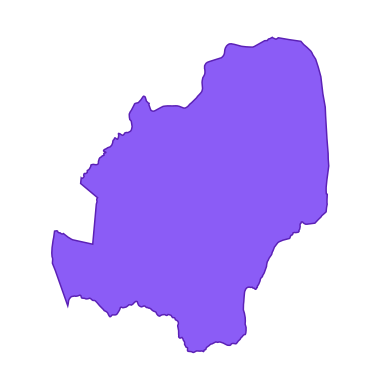 the district of Honey, Puebla, Mexico, rotated 184°
{"feature_id": "50627088B33032017587256", "entity_name": "Honey", "entity_type": "district", "adm_level": 2, "iso_a3": "MEX", "parent_name": "Mexico", "parent_adm1": "Puebla", "projection": "equal_earth", "projection_center": [-98.229, 20.26], "detail": "fine", "context": "isolated", "style": "filled", "palette": "violet", "viewbox_px": 384, "rotation_deg": 184, "n_neighbors": 0, "source": "geoboundaries", "source_scale": "gbopen_adm2", "svg_char_len": 5926}
<svg xmlns="http://www.w3.org/2000/svg" viewBox="0 0 384 384"><g transform="rotate(184 192 192)"><path d="M122.7,351.9L125.0,350.4L126.3,350.0L126.9,349.3L127.3,348.4L130.1,348.0L140.0,341.5L141.5,340.8L143.1,340.7L147.8,340.6L150.3,340.7L152.7,340.8L159.9,342.2L163.3,342.6L165.2,342.3L166.6,341.3L167.7,340.1L168.7,338.1L169.1,336.5L169.2,335.6L169.3,332.8L169.7,331.1L170.7,329.4L172.0,328.0L183.9,323.3L185.8,322.4L187.1,321.2L188.2,318.9L188.2,318.1L188.1,316.1L187.8,315.3L187.5,313.4L187.4,311.4L187.8,309.6L188.7,307.7L189.2,306.7L189.6,303.6L189.6,301.8L188.7,296.0L188.9,294.3L189.3,292.8L190.4,291.1L193.2,287.7L194.0,286.3L198.7,281.0L200.2,279.6L202.1,277.1L203.2,276.2L204.4,275.4L205.9,275.1L210.8,276.6L212.7,276.9L214.6,276.8L217.4,276.5L222.5,276.2L225.0,275.8L226.8,275.4L229.5,273.8L234.8,270.4L235.8,270.0L236.5,269.9L237.4,270.0L238.1,270.5L238.8,270.7L241.1,276.1L241.1,276.5L240.9,277.4L241.4,277.5L241.9,277.8L243.0,278.8L243.7,279.4L244.0,279.8L244.1,280.4L245.3,283.5L246.3,284.1L246.9,284.2L247.5,283.7L249.4,280.4L251.7,277.5L252.0,277.3L253.7,276.8L255.0,276.3L255.6,275.6L255.7,275.1L258.3,269.1L259.1,267.9L260.0,265.5L260.0,264.9L259.7,262.3L259.1,259.9L258.3,259.3L257.5,258.3L256.5,254.0L256.3,253.2L256.5,251.4L256.8,249.9L257.1,249.1L257.7,248.3L260.0,246.8L261.7,246.8L262.8,246.4L263.3,246.0L264.0,244.5L264.8,243.9L265.2,243.7L266.9,244.4L267.5,244.9L268.9,245.3L269.3,245.3L269.5,244.9L269.1,243.6L269.2,241.4L269.9,239.5L270.8,239.6L272.4,240.6L272.9,240.5L273.2,239.8L273.3,239.3L273.4,238.9L274.1,238.3L274.4,237.6L274.5,237.2L274.5,236.5L274.6,235.4L275.3,233.2L276.7,231.4L279.4,230.2L280.4,229.3L282.1,228.4L282.7,227.9L283.1,227.2L283.0,226.7L282.6,226.4L280.8,225.7L280.7,225.4L280.8,225.2L282.2,224.7L282.5,224.4L282.7,223.9L282.6,223.6L282.3,223.1L282.3,222.7L282.6,222.3L284.0,221.8L284.3,221.5L284.6,220.9L285.6,220.3L286.4,219.6L287.0,218.4L287.2,217.2L287.5,216.2L287.4,214.0L287.9,213.2L288.7,212.7L289.8,212.5L292.5,212.7L294.5,212.1L294.7,211.7L294.8,210.4L295.9,208.0L296.6,207.0L297.9,206.2L298.0,205.6L297.8,204.6L297.9,204.0L298.6,203.6L299.1,203.2L299.5,202.9L300.5,203.0L300.9,202.7L301.1,201.9L301.2,201.1L300.7,199.9L301.1,199.2L301.7,198.5L302.4,198.0L303.2,198.0L303.5,198.3L303.7,192.7L285.8,179.7L286.4,178.6L286.5,177.9L286.4,177.1L286.2,176.4L286.1,175.7L286.3,174.6L286.6,173.3L287.4,133.0L307.7,136.0L309.0,136.5L312.5,138.3L317.4,141.6L317.9,141.2L318.6,141.1L319.5,141.2L320.8,142.1L321.6,142.0L322.2,142.2L322.8,142.6L323.2,143.0L323.4,143.6L324.1,143.9L326.4,143.4L326.8,137.1L327.2,134.1L327.7,126.7L327.6,121.4L327.1,117.8L326.5,116.3L326.3,115.0L326.3,111.2L322.9,104.2L308.0,69.8L307.7,71.8L307.5,75.1L307.0,76.6L305.9,78.3L304.9,79.3L303.1,79.7L302.1,80.0L300.9,79.9L299.9,80.0L298.9,80.3L296.8,81.2L296.1,81.1L295.6,80.7L294.9,78.9L294.4,78.5L291.5,78.4L290.5,78.0L289.4,78.0L287.9,78.4L286.9,78.9L285.9,78.7L283.8,77.1L283.0,76.9L281.8,77.0L280.9,76.7L278.9,74.9L276.3,72.2L272.1,68.5L271.4,67.6L269.0,66.6L267.7,65.5L266.9,64.0L266.0,62.6L265.3,61.9L264.8,61.9L264.2,62.3L263.6,63.2L262.8,63.9L260.1,64.0L258.8,64.5L258.1,65.3L256.2,68.9L255.7,70.4L255.4,71.7L254.6,72.2L252.9,71.7L251.4,72.1L249.6,72.7L248.3,73.8L247.2,75.0L246.0,75.2L244.5,75.0L243.1,76.1L242.0,77.5L240.7,78.8L239.6,79.0L238.9,78.7L238.4,77.4L237.6,75.7L236.8,74.9L235.4,74.1L234.2,73.9L231.9,75.0L230.9,74.8L230.1,74.1L229.3,73.6L228.3,73.7L227.5,73.2L226.2,73.2L224.9,72.5L223.8,71.5L222.7,70.8L221.8,70.4L220.1,69.9L219.4,69.4L218.9,68.3L218.2,67.3L217.6,67.0L217.4,66.5L216.0,65.9L215.4,66.0L214.6,66.7L213.3,67.4L211.2,67.8L210.2,67.7L209.3,67.2L208.5,67.1L207.9,67.5L207.4,68.1L206.5,68.1L204.3,67.5L203.9,67.0L203.5,66.3L202.7,65.5L202.3,65.3L201.5,65.4L200.7,65.3L200.2,64.8L199.9,63.9L199.6,63.4L197.8,62.6L197.0,61.9L196.6,61.0L196.4,60.0L196.5,59.0L196.9,58.2L196.9,57.3L195.7,52.7L195.4,49.0L195.2,48.1L195.2,46.8L194.9,46.1L194.2,45.5L193.4,45.5L191.9,46.2L191.0,45.2L190.1,43.2L189.2,42.3L188.9,41.5L188.7,39.2L188.1,38.5L187.1,36.8L185.7,36.4L185.5,35.9L185.5,34.6L185.4,33.4L184.8,32.8L181.4,32.7L180.0,32.1L179.1,32.1L176.3,33.8L172.7,33.8L171.5,34.1L170.5,34.0L169.5,33.6L169.0,34.1L169.0,34.7L168.6,35.3L167.6,35.6L167.2,36.0L167.0,37.1L166.6,38.0L164.1,40.1L162.8,41.5L161.4,41.9L157.8,44.1L155.9,43.8L154.4,44.3L153.3,44.3L150.4,43.5L146.7,41.9L145.6,41.6L143.4,41.7L142.6,42.3L142.2,43.3L141.2,43.7L139.8,43.8L138.0,43.6L137.3,43.8L136.6,44.7L135.4,46.6L133.8,48.3L132.9,50.1L131.7,51.3L131.0,52.5L130.0,53.3L128.9,53.6L128.5,55.1L128.4,57.6L128.6,60.7L129.8,64.0L129.8,67.1L130.2,70.5L131.3,74.8L132.5,77.9L132.6,79.0L132.8,83.5L132.7,86.1L132.7,90.8L132.6,95.1L132.5,96.4L131.7,98.7L131.1,99.7L130.4,100.4L129.3,101.0L127.9,101.1L127.0,100.9L125.9,101.1L125.0,101.1L124.7,100.6L124.4,100.4L123.4,100.4L122.1,99.4L121.7,99.4L121.4,99.6L120.9,100.2L120.8,101.2L120.4,101.3L120.2,101.6L120.1,103.0L119.5,103.7L119.2,104.4L118.9,105.0L117.9,108.1L117.8,109.4L117.4,110.7L115.8,112.6L115.9,113.2L115.0,114.9L114.3,116.4L112.5,122.8L112.4,125.3L112.0,127.8L111.2,129.3L110.5,131.3L108.2,135.2L107.7,137.7L107.1,139.0L105.9,142.9L105.4,143.5L104.2,145.4L102.8,147.5L101.5,148.5L97.9,150.3L91.4,152.5L90.9,153.8L90.7,154.7L90.0,155.9L89.3,156.0L88.7,156.7L88.5,157.3L88.4,157.9L88.2,158.4L86.8,158.8L85.8,158.7L84.8,158.9L83.2,159.3L82.5,160.1L82.7,160.9L82.0,162.4L81.7,165.0L81.9,166.3L81.9,167.6L81.2,168.3L80.8,169.7L79.6,169.8L79.0,169.1L77.9,168.4L76.4,167.8L75.1,167.9L67.2,169.5L64.1,173.3L61.5,176.2L60.9,177.4L57.7,180.6L56.8,181.6L56.7,185.9L56.3,189.2L56.6,190.8L56.8,194.1L56.9,199.2L57.9,199.6L58.3,202.9L58.5,206.1L58.3,212.9L57.4,227.5L58.4,234.4L58.9,240.0L61.1,254.6L64.0,277.1L65.0,286.0L68.3,299.1L71.5,316.0L74.7,325.2L77.9,333.1L81.1,337.4L82.1,339.3L83.3,340.9L87.5,344.4L90.9,346.9L93.9,349.9L105.9,350.8L116.8,351.9L117.2,351.3L118.9,350.3L121.9,351.3L122.7,351.9Z" fill="#8b5cf6" stroke="#5b21b6" stroke-width="1.5"/></g></svg>